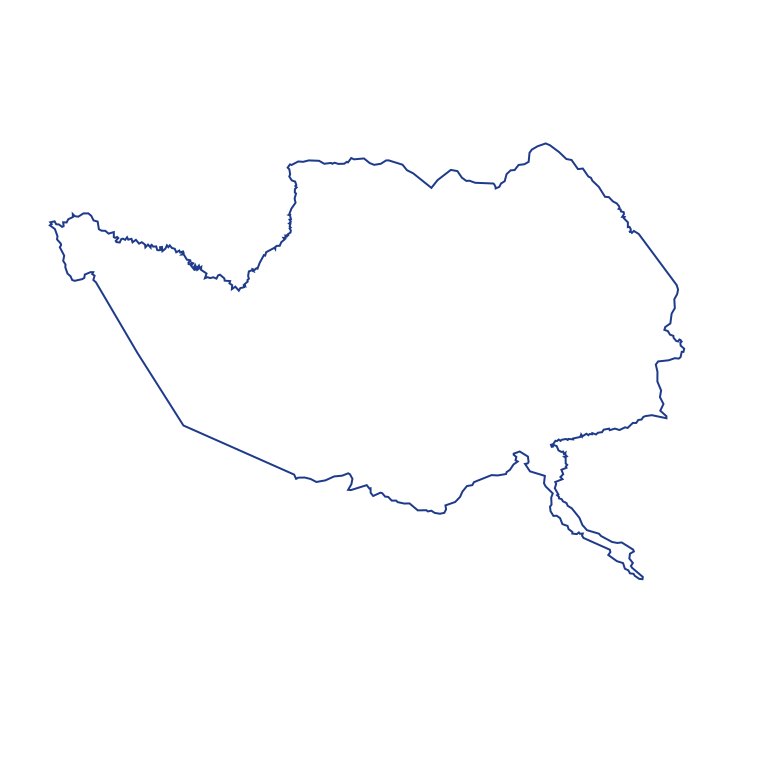 Chama, Muchinga, Zambia (orthographic projection), rotated 81°
{"feature_id": "96606910B17560798529879", "entity_name": "Chama", "entity_type": "district", "adm_level": 2, "iso_a3": "ZMB", "parent_name": "Zambia", "parent_adm1": "Muchinga", "projection": "orthographic", "projection_center": [32.797, -11.274], "detail": "fine", "context": "isolated", "style": "outline", "palette": "blue", "viewbox_px": 768, "rotation_deg": 81, "n_neighbors": 0, "source": "geoboundaries", "source_scale": "gbopen_adm2", "svg_char_len": 6125}
<svg xmlns="http://www.w3.org/2000/svg" viewBox="0 0 768 768"><g transform="rotate(81 384 384)"><path d="M392.5,85.0L389.5,84.8L388.7,83.4L387.0,84.2L386.3,85.3L388.0,86.8L387.2,88.6L383.8,90.7L381.7,90.7L380.0,93.8L376.1,95.4L374.4,98.6L371.7,97.3L369.0,91.7L359.5,88.9L354.6,84.9L345.7,84.0L341.1,80.4L336.8,78.8L332.2,79.4L275.7,108.9L271.9,113.3L273.5,115.5L272.2,116.4L272.4,118.1L271.2,116.3L269.5,116.1L267.2,117.0L267.2,118.6L262.5,117.8L257.8,121.2L256.7,120.3L256.2,122.6L253.7,120.4L251.7,120.4L250.6,123.0L248.8,122.9L247.7,124.8L246.9,123.8L245.1,124.1L242.1,125.8L239.5,129.3L234.6,132.7L233.7,136.4L222.9,141.0L215.8,146.4L212.8,147.3L210.9,149.8L202.3,153.9L202.1,158.8L192.1,163.7L190.3,168.7L182.3,174.8L174.1,182.8L171.7,186.7L173.2,195.1L175.6,201.3L178.4,204.1L187.2,206.4L188.9,210.9L188.7,216.8L193.1,221.5L192.8,225.5L195.9,230.1L202.6,233.1L204.3,237.1L207.3,239.2L208.3,243.1L206.5,243.1L204.1,243.9L203.1,244.6L199.5,262.5L196.6,267.8L196.3,270.9L192.4,274.8L185.2,278.2L183.0,284.5L191.0,299.2L197.7,306.5L180.5,322.2L176.4,327.9L170.3,331.4L163.9,344.3L163.5,346.9L166.0,352.7L166.0,359.4L163.6,363.5L158.1,368.5L157.4,378.5L155.7,381.0L159.5,384.9L158.8,386.0L160.2,388.8L159.5,394.6L157.7,398.2L158.4,400.6L157.4,401.6L157.1,408.6L153.4,413.2L151.4,423.3L151.9,429.1L150.8,433.9L153.2,441.0L152.4,442.5L155.2,445.3L157.2,443.9L162.2,443.9L164.2,445.1L168.4,443.3L170.2,440.1L173.8,439.5L174.6,440.6L176.2,439.5L177.5,441.5L180.9,442.1L182.1,441.1L186.9,443.3L191.1,443.0L196.3,448.0L201.1,450.8L201.9,450.3L202.2,451.5L202.8,450.5L206.8,450.1L206.9,451.6L209.2,450.7L210.6,452.6L211.2,451.4L213.6,452.5L214.9,451.7L215.5,452.9L217.8,452.0L219.8,452.7L221.0,455.4L222.0,455.4L221.9,457.9L223.1,457.1L223.3,458.4L224.5,458.5L224.0,460.4L225.7,459.6L227.8,463.2L231.2,465.4L230.8,468.1L231.5,469.8L233.6,470.3L232.3,470.9L235.4,479.8L238.6,481.3L237.9,482.5L245.0,487.9L250.3,490.9L249.7,491.9L251.0,493.8L250.1,495.7L252.2,495.2L251.0,497.0L251.7,499.9L256.0,501.3L258.9,501.0L260.0,502.6L261.5,502.6L263.6,506.0L265.6,505.8L264.8,507.0L266.5,507.1L266.8,510.9L269.1,512.8L264.6,515.6L266.5,519.4L262.6,518.5L260.4,520.9L258.3,519.9L257.0,525.2L254.7,525.2L250.4,528.9L250.7,530.8L253.7,533.0L251.9,535.9L252.2,539.0L250.9,541.7L251.5,544.3L247.1,542.0L242.5,546.9L239.8,546.2L242.0,550.5L240.8,550.4L239.8,548.1L238.1,548.3L240.5,551.0L236.9,551.9L238.7,553.3L241.5,552.5L241.6,553.4L237.0,556.0L234.9,553.6L234.2,554.9L235.5,556.7L235.0,558.2L233.3,558.1L232.4,556.0L231.5,556.0L230.3,559.3L224.7,561.5L224.5,563.5L223.1,561.4L221.6,561.8L222.3,564.7L220.2,565.3L221.4,568.6L217.7,569.5L216.5,572.2L213.6,573.9L215.1,575.6L213.1,576.7L216.1,578.7L218.1,582.1L213.9,581.9L213.9,583.8L216.6,583.9L216.7,585.6L216.2,587.0L212.5,587.5L212.2,590.5L210.2,591.7L210.8,592.8L212.7,593.2L209.4,595.3L211.7,598.3L209.0,598.2L206.1,601.0L207.0,604.0L202.8,606.5L204.7,610.2L201.1,610.7L201.4,614.0L198.9,614.8L201.1,617.1L199.6,619.2L199.8,620.8L202.9,622.9L202.0,626.0L200.8,626.6L198.3,623.6L197.0,624.6L197.6,626.7L196.7,627.9L191.7,627.1L192.4,632.5L189.1,635.3L188.4,639.0L186.5,641.4L178.8,641.4L177.0,645.3L172.1,646.8L169.2,649.4L168.5,654.2L170.9,659.8L169.9,663.1L167.5,664.8L170.4,665.1L171.9,670.1L174.8,672.2L174.1,675.6L177.9,675.7L178.5,677.3L175.6,680.1L174.9,682.8L171.8,683.9L172.1,688.3L174.1,687.2L175.0,689.2L179.5,684.8L186.9,683.4L190.1,684.3L194.7,681.3L196.3,681.2L198.2,682.8L207.2,679.8L212.2,681.6L216.1,679.9L218.9,680.5L225.5,679.3L228.5,676.8L232.5,675.7L233.7,673.4L233.2,665.6L232.3,663.4L229.1,662.4L227.6,656.2L228.1,653.7L229.8,655.0L231.7,652.9L235.8,654.8L238.5,652.6L314.7,622.7L393.6,588.6L459.4,486.9L464.7,485.5L463.5,485.3L463.1,483.2L464.0,476.9L466.3,471.4L470.2,466.1L470.0,456.9L467.5,447.8L468.0,439.7L466.6,433.3L467.8,431.8L472.7,430.0L477.9,431.9L482.9,436.0L483.6,433.3L481.2,416.9L485.1,414.7L484.9,413.6L489.4,414.2L492.9,412.2L490.8,404.6L491.5,402.9L495.4,400.5L496.2,397.5L500.4,394.6L501.1,390.2L502.8,389.0L505.2,382.8L506.0,377.4L514.1,370.4L515.3,361.9L516.7,360.6L516.6,357.0L519.3,354.0L520.9,349.0L520.7,344.6L517.5,342.3L513.5,342.3L511.7,332.2L507.5,326.6L502.6,323.4L497.8,318.1L497.7,312.6L495.0,310.5L490.8,292.0L492.1,286.0L492.0,277.5L490.2,276.7L488.5,273.1L483.7,268.6L481.5,264.1L479.9,266.0L476.7,264.7L474.2,267.0L473.1,266.8L471.9,260.5L478.2,253.2L483.7,253.4L484.9,254.5L485.0,257.2L493.1,253.5L499.9,239.5L507.1,241.5L510.4,240.4L518.5,234.4L522.3,236.6L529.3,237.4L531.1,239.2L535.7,239.4L540.8,237.3L541.1,234.1L544.0,231.1L550.3,229.7L552.9,224.9L556.2,224.4L559.6,221.1L561.2,221.4L562.4,217.0L561.1,214.8L562.6,213.9L562.8,211.1L564.9,212.1L567.3,211.0L583.0,186.9L585.4,186.7L588.0,189.2L595.4,181.7L598.3,175.9L604.1,175.0L606.3,171.8L609.5,170.7L610.5,167.2L612.6,166.4L616.4,162.4L617.2,159.2L615.0,158.6L604.4,167.7L602.4,168.6L599.7,166.2L594.7,169.0L590.1,167.6L588.5,163.4L586.6,163.8L577.7,174.0L577.5,178.4L575.7,183.5L568.1,193.4L565.5,195.1L560.1,206.4L554.3,210.1L546.8,211.9L536.1,218.0L533.1,221.6L530.1,222.4L527.9,225.6L525.6,226.5L524.3,229.1L522.7,228.9L520.9,230.4L520.4,229.1L513.7,231.6L509.6,229.6L507.6,230.2L505.9,222.6L503.5,224.3L501.1,221.1L496.5,222.2L495.3,216.9L493.9,217.3L492.6,215.7L490.9,217.0L485.2,216.1L484.2,217.2L484.0,214.8L481.9,216.1L480.4,215.6L481.3,217.2L478.8,217.6L478.8,219.5L476.9,222.0L472.3,223.2L470.6,226.3L472.3,227.0L472.3,228.2L470.2,228.6L469.8,226.3L466.9,223.5L467.4,222.0L466.2,220.2L467.8,218.5L466.9,217.4L466.8,212.8L468.0,211.3L467.1,210.5L468.3,205.8L467.4,205.8L467.0,198.4L465.8,197.8L466.8,197.0L465.3,196.8L466.7,196.1L464.8,191.9L466.5,190.2L465.6,188.8L466.2,186.3L465.1,186.0L467.0,182.5L465.6,180.3L465.7,176.2L463.5,174.2L463.3,168.7L464.9,168.3L464.2,162.9L466.3,158.6L464.5,152.7L465.5,150.2L461.4,144.4L461.9,140.9L459.3,138.5L459.4,135.2L457.1,133.0L456.6,130.9L456.7,124.3L462.0,110.4L460.0,110.1L453.6,115.3L447.5,111.1L440.1,113.5L433.7,111.3L424.3,113.6L414.7,112.0L407.3,112.5L404.6,109.7L405.1,99.0L404.0,92.8L405.0,88.9L403.9,86.9L398.8,84.9L399.1,83.2L396.1,82.0L392.5,85.0Z" fill="none" stroke="#1e3a8a" stroke-width="2"/></g></svg>